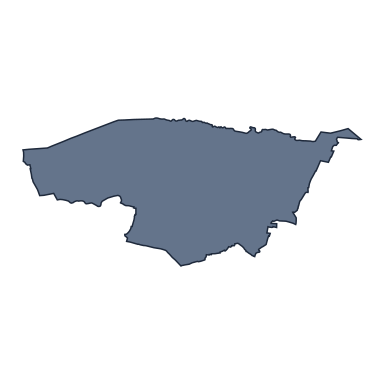 Vicovu De Sus, Suceava, Romania
{"feature_id": "2599482B73832637769568", "entity_name": "Vicovu De Sus", "entity_type": "district", "adm_level": 2, "iso_a3": "ROU", "parent_name": "Romania", "parent_adm1": "Suceava", "projection": "robinson", "projection_center": [25.674, 47.922], "detail": "fine", "context": "isolated", "style": "filled", "palette": "slate", "viewbox_px": 384, "rotation_deg": 0, "n_neighbors": 0, "source": "geoboundaries", "source_scale": "gbopen_adm2", "svg_char_len": 6045}
<svg xmlns="http://www.w3.org/2000/svg" viewBox="0 0 384 384"><path d="M126.6,241.4L130.3,242.1L135.8,243.7L138.0,244.3L138.6,244.2L140.3,244.8L143.5,245.5L144.9,245.6L145.9,245.7L153.9,247.7L160.7,248.8L163.4,249.6L165.7,250.4L166.8,251.3L167.6,252.4L169.7,254.4L172.3,257.4L175.3,260.0L181.0,266.0L181.7,265.5L182.6,265.4L184.9,264.9L189.2,264.2L192.1,262.8L197.3,261.4L198.4,261.7L199.7,261.5L201.2,261.1L204.5,260.0L204.9,259.8L205.0,259.5L205.0,258.4L205.1,258.1L205.9,257.1L206.1,256.7L206.4,254.7L209.1,255.0L209.2,254.5L211.3,254.6L211.3,253.8L215.0,253.7L220.1,252.9L219.9,252.2L222.5,251.2L224.3,250.2L225.0,251.0L225.9,250.4L227.5,248.7L228.7,246.7L230.4,247.1L231.7,246.4L231.6,245.7L232.6,245.5L234.1,245.8L234.8,244.8L234.8,243.8L237.7,243.3L238.5,243.6L242.4,246.5L244.0,248.2L244.5,249.2L245.8,250.4L245.9,251.1L246.2,251.5L246.5,251.4L249.0,253.3L250.4,254.1L251.6,255.0L252.0,255.5L253.3,255.9L253.5,256.2L254.7,256.6L255.1,255.2L255.9,253.3L256.6,252.9L257.1,252.6L258.5,252.3L259.5,252.1L259.7,251.8L259.8,251.3L259.6,250.9L259.4,250.6L258.9,250.4L258.8,250.2L258.6,249.4L261.5,247.3L263.2,246.4L266.1,244.5L267.8,238.2L268.6,235.9L269.3,236.2L270.2,233.4L266.9,232.9L268.0,226.7L269.3,227.1L271.6,227.4L272.5,227.3L272.9,227.2L273.0,226.6L276.6,227.5L276.7,223.7L271.1,223.4L271.2,222.4L272.7,220.9L273.8,221.3L277.0,220.0L279.6,220.9L284.3,221.1L286.0,221.2L288.6,221.9L293.0,223.2L295.7,224.5L296.0,223.5L296.2,220.5L296.2,217.9L295.9,217.3L292.7,212.2L293.0,212.1L294.7,212.3L297.2,210.3L297.9,208.0L298.1,208.0L298.2,206.7L298.4,205.9L298.6,205.9L299.6,201.8L300.1,200.8L301.2,199.6L305.2,193.1L305.9,192.5L306.3,192.3L308.0,192.4L308.1,191.8L308.0,189.8L307.9,187.9L308.3,187.9L308.7,187.7L309.3,184.1L309.5,183.4L310.4,180.9L311.2,179.0L313.1,175.7L315.6,171.0L316.0,171.1L317.8,167.0L320.5,160.7L328.4,162.3L330.7,157.0L331.3,157.0L333.8,151.1L331.4,150.8L332.4,147.6L332.8,146.5L334.2,145.3L336.3,145.3L336.5,145.1L336.7,144.7L337.1,144.2L337.6,143.4L338.3,143.0L338.4,142.6L337.9,142.4L337.4,142.1L337.1,141.6L337.0,140.4L336.5,139.5L336.5,139.2L336.6,138.9L337.0,138.2L337.6,137.3L346.4,138.0L351.8,138.5L357.3,138.8L357.7,139.4L358.2,139.7L359.7,139.6L361.0,139.4L348.1,128.6L340.7,130.7L330.5,133.2L321.0,132.0L315.6,140.8L315.3,141.2L313.6,141.5L313.0,141.5L312.2,141.5L310.5,141.1L306.9,140.9L305.5,140.8L304.2,140.8L302.1,140.7L299.6,140.2L297.8,140.4L296.8,140.4L296.3,140.4L295.5,140.0L294.8,139.4L294.8,138.8L295.5,137.4L295.3,137.1L294.7,136.8L293.1,136.9L290.8,137.2L290.6,137.1L290.3,136.7L290.3,136.0L290.5,135.3L290.4,135.0L290.1,134.5L289.6,134.2L288.7,134.0L285.3,134.0L284.0,133.8L282.9,133.4L280.7,132.2L280.4,132.2L279.6,132.3L278.7,132.1L278.3,132.0L277.6,131.5L277.0,131.0L276.0,130.2L274.9,130.1L273.3,129.3L272.7,129.2L271.4,129.3L269.2,129.7L267.6,130.0L267.1,129.9L266.3,129.6L265.2,129.4L264.0,129.6L262.6,129.5L262.2,129.8L262.0,130.1L261.9,130.3L261.8,131.2L261.5,131.6L260.9,132.0L259.7,132.3L259.2,132.6L258.8,132.9L258.6,133.0L257.6,132.8L256.4,132.2L255.8,131.8L255.5,131.4L255.3,131.1L255.3,130.8L255.3,129.8L255.4,129.5L255.3,128.8L255.3,128.6L254.9,128.1L254.4,127.8L253.5,127.7L253.0,127.7L252.7,127.6L251.2,127.0L250.4,126.9L250.3,127.0L249.9,127.4L249.9,127.7L249.9,128.1L250.1,128.3L251.1,129.0L251.2,129.3L251.1,130.0L250.5,130.6L249.4,131.3L248.3,132.4L247.4,133.0L246.4,133.3L245.9,133.3L242.5,132.4L238.7,131.7L236.0,131.3L235.1,131.1L234.5,130.8L234.1,130.4L233.7,129.7L233.4,129.2L232.9,128.7L232.3,128.5L230.5,128.4L229.4,128.5L227.5,128.4L226.1,128.5L225.8,128.3L225.5,127.6L225.2,127.3L224.6,127.0L224.3,127.0L222.9,127.8L222.6,127.8L222.1,127.7L221.7,127.4L221.2,127.0L221.0,126.8L220.8,126.9L220.5,127.0L220.3,127.2L220.1,127.7L220.0,127.8L219.7,127.7L219.5,127.3L219.3,127.1L218.9,126.9L218.4,127.1L218.0,127.4L217.6,127.5L216.4,127.1L214.9,126.2L214.1,126.3L213.2,126.8L212.6,126.9L212.3,126.7L212.2,126.3L212.3,125.3L212.2,125.1L212.1,124.9L211.7,124.7L210.7,124.7L210.4,124.6L209.2,124.0L207.9,123.5L207.3,123.1L207.1,123.0L206.8,123.0L206.2,123.3L205.7,123.2L204.2,122.3L203.7,122.3L202.9,122.6L202.6,122.5L202.3,122.4L202.1,122.1L201.9,121.6L201.6,121.4L199.2,121.2L196.8,120.5L196.3,120.4L195.8,120.5L193.0,121.4L192.5,121.4L191.9,121.3L189.6,120.3L189.0,120.3L188.6,120.4L187.9,120.7L187.2,121.3L186.6,121.3L186.1,121.1L185.9,120.8L185.1,119.2L184.8,118.8L184.7,118.7L184.1,118.5L183.6,118.6L182.7,119.4L181.8,119.9L181.1,120.1L180.1,120.0L179.3,120.3L178.6,120.2L177.9,120.5L177.1,120.9L176.6,121.0L176.2,121.0L175.6,120.9L175.3,120.7L174.4,119.7L174.2,119.6L173.9,119.5L173.1,119.4L172.9,119.5L172.6,119.7L171.1,121.1L170.8,121.2L170.0,120.9L169.4,120.5L166.7,120.0L165.9,119.7L165.0,119.3L164.2,119.0L163.2,119.0L162.4,119.1L160.9,119.0L159.5,118.7L158.6,118.4L157.5,118.1L156.5,118.0L155.2,118.1L153.2,119.0L134.0,119.5L124.4,120.0L118.3,120.2L113.7,121.8L85.3,132.7L76.6,136.2L70.9,138.3L63.8,141.3L51.8,146.1L47.4,148.0L28.9,149.3L23.0,149.9L23.6,152.3L23.7,156.1L23.3,161.4L24.9,162.3L25.5,163.5L25.9,164.0L26.4,164.1L27.3,165.1L29.9,164.8L30.8,168.7L30.2,168.8L31.4,174.5L31.7,176.8L32.0,178.5L32.4,178.8L33.1,181.8L37.4,189.4L38.0,190.9L39.7,195.6L43.9,195.3L53.7,193.4L57.3,199.9L60.0,199.4L62.6,199.6L65.9,200.3L68.5,201.1L70.4,202.8L71.5,203.1L73.0,202.7L74.6,201.6L76.9,200.8L78.6,201.1L80.9,200.8L82.5,200.9L84.1,201.6L85.5,203.5L86.4,203.8L88.5,203.5L91.3,202.9L92.4,203.2L96.4,205.4L97.7,206.3L99.0,206.5L100.4,206.0L100.9,204.8L101.1,203.0L102.1,201.3L107.8,198.0L113.8,196.2L117.9,195.4L119.6,196.0L120.4,196.9L121.5,199.9L121.4,201.2L120.5,202.8L121.2,203.3L122.7,203.6L123.0,204.1L123.6,204.6L124.1,204.6L125.0,205.3L125.9,205.6L128.8,205.7L133.0,206.8L133.9,206.9L133.6,207.9L134.9,208.3L135.9,208.3L135.9,214.3L135.5,214.2L135.3,215.1L134.8,215.0L134.3,216.9L134.4,217.3L134.4,217.8L134.3,218.2L134.0,219.9L132.4,225.4L132.2,226.5L131.2,226.5L130.8,228.6L129.5,231.0L128.2,232.6L126.9,233.8L126.5,234.1L125.8,234.3L124.8,234.4L124.9,235.8L126.3,236.9L127.5,238.0L126.6,241.4Z" fill="#64748b" stroke="#1e293b" stroke-width="1.5"/></svg>